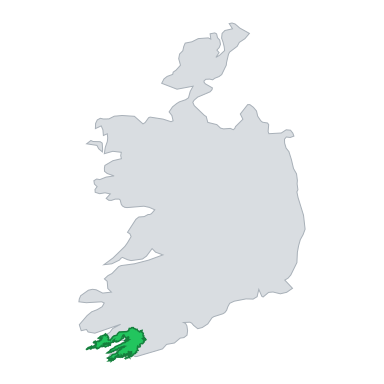 Bantry-West Cork Lea-4, Cork, Ireland shown in context
{"feature_id": "5873133B32019280992122", "entity_name": "Bantry-West Cork Lea-4", "entity_type": "district", "adm_level": 2, "iso_a3": "IRL", "parent_name": "Ireland", "parent_adm1": "Cork", "projection": "albers", "projection_center": [-9.717, 51.642], "detail": "fine", "context": "in_parent", "style": "filled", "palette": "green", "viewbox_px": 384, "rotation_deg": 0, "n_neighbors": 0, "source": "geoboundaries", "source_scale": "gbopen_adm2", "svg_char_len": 9437}
<svg xmlns="http://www.w3.org/2000/svg" viewBox="0 0 384 384"><path d="M237.2,46.3L229.6,52.1L228.5,54.2L226.5,62.7L226.3,65.1L221.7,74.6L219.0,76.6L214.9,78.2L212.6,79.8L209.6,79.1L205.8,79.3L204.0,81.0L204.1,82.3L205.3,83.8L212.4,87.9L212.0,89.7L210.1,91.8L197.7,97.1L194.1,100.2L192.8,102.3L194.2,105.6L204.5,115.5L206.2,116.5L207.8,122.4L216.8,124.6L220.5,128.1L223.6,128.9L230.4,128.4L233.2,129.7L234.7,128.6L235.5,126.6L242.9,119.2L240.3,114.0L247.7,104.6L249.8,104.6L253.4,107.3L256.5,111.0L257.7,116.2L260.7,120.7L262.5,122.2L267.5,123.0L268.7,124.7L268.1,131.5L268.9,133.7L281.3,133.0L286.2,129.8L290.5,130.2L292.8,133.1L293.9,136.1L290.2,137.5L286.3,137.0L284.5,139.2L284.6,143.1L286.1,148.1L288.9,151.6L291.4,159.6L293.5,168.5L296.5,173.8L297.4,180.5L297.1,183.8L297.9,189.7L296.9,191.9L298.0,197.4L303.5,215.2L305.1,229.2L303.1,234.6L300.3,239.7L298.6,245.7L297.4,252.2L296.9,262.6L290.8,275.0L288.1,278.1L284.8,280.1L292.5,288.3L286.7,292.3L280.3,293.8L273.0,292.0L268.6,292.4L263.1,297.0L261.8,296.3L258.8,289.4L257.1,296.7L253.1,299.1L246.0,298.9L234.2,301.2L229.7,303.3L227.9,306.6L226.6,310.3L224.8,312.6L222.8,313.8L213.7,316.7L211.9,317.9L207.8,323.9L202.3,327.5L197.7,328.7L193.5,325.3L191.8,323.2L189.9,322.2L183.6,322.5L185.6,323.5L186.9,325.9L187.6,330.6L187.0,335.2L183.9,337.6L180.2,338.1L174.4,343.0L166.6,344.4L162.5,348.9L136.8,356.5L135.3,356.6L131.7,354.8L127.9,353.9L124.0,354.5L113.2,358.7L108.0,357.9L114.7,347.6L123.6,342.3L124.5,340.9L121.6,340.2L104.6,343.8L98.7,346.9L92.8,347.8L95.6,343.1L103.2,336.6L109.8,332.4L112.6,328.6L120.6,324.3L94.8,333.2L88.1,332.0L86.5,329.5L81.2,330.7L79.3,324.7L87.1,315.6L91.7,311.8L97.1,309.7L102.2,306.7L104.2,303.0L101.7,301.8L86.3,302.7L78.9,301.8L79.3,298.9L80.7,295.7L88.4,290.2L92.5,289.3L96.2,289.8L102.7,293.1L111.4,292.1L107.8,288.5L107.2,281.3L104.4,278.9L108.0,275.6L112.0,273.5L118.7,266.6L121.1,265.6L134.4,263.8L148.7,260.1L162.9,254.9L155.6,252.2L152.1,248.6L146.5,256.1L142.5,259.0L131.1,260.6L127.5,259.7L122.4,257.4L120.9,258.3L119.4,260.1L111.8,263.8L103.9,264.7L113.1,257.9L124.8,246.5L127.4,242.9L131.1,236.6L129.9,233.8L127.5,232.3L135.9,219.3L138.8,217.0L144.2,216.6L148.1,214.5L149.8,214.5L151.4,213.7L154.8,209.8L149.4,207.4L143.9,206.2L127.0,207.6L124.7,207.3L122.6,206.1L121.3,204.4L120.2,200.0L119.0,199.1L115.2,199.1L111.4,200.4L108.8,200.3L106.2,198.4L110.3,193.9L105.0,192.8L99.6,193.7L95.2,192.3L95.0,189.5L97.1,186.7L94.4,184.0L93.9,180.7L96.7,179.0L99.8,179.6L106.1,177.1L114.1,175.9L107.2,173.5L104.5,171.3L104.4,168.1L104.9,165.4L112.9,160.7L121.4,158.7L120.7,155.6L121.3,152.3L112.8,151.3L104.3,153.7L105.3,147.3L107.3,141.6L107.7,137.9L107.3,133.8L103.4,135.5L102.9,129.8L101.2,125.9L95.4,128.6L95.6,123.4L97.3,119.9L100.3,118.3L103.3,119.0L108.9,118.9L114.3,116.2L122.1,115.5L134.4,116.3L143.0,123.9L145.2,122.5L148.6,117.7L150.1,117.1L163.0,119.1L171.0,121.7L173.1,120.8L171.9,115.5L169.1,111.9L172.5,106.9L176.6,103.6L179.3,101.9L185.7,99.7L188.5,97.8L190.2,91.5L193.1,86.2L177.0,89.2L161.7,83.3L164.0,78.9L167.2,76.4L172.7,74.4L173.2,72.1L176.0,70.2L180.5,65.2L178.7,58.7L179.6,54.0L182.8,50.8L183.8,46.4L185.2,43.1L191.9,41.8L198.3,38.6L208.2,37.9L210.8,39.1L210.1,33.8L214.8,32.9L216.6,33.9L217.5,37.7L219.7,40.1L220.5,44.3L219.2,47.6L216.9,50.1L219.1,52.6L215.9,57.4L219.5,55.3L224.6,50.6L224.2,46.9L223.1,42.3L221.6,38.1L222.1,33.4L224.9,30.5L232.5,28.8L229.2,23.6L232.0,23.0L235.1,24.0L239.7,28.0L249.4,33.4L244.9,38.7L239.3,42.4L237.2,46.3ZM102.6,149.4L102.4,151.9L98.7,148.8L96.9,145.4L86.6,143.8L90.9,140.5L93.0,141.5L100.2,141.7L102.2,143.1L102.6,149.4Z" fill="#d9dde1" stroke="#a8b0b8" stroke-width="1"/><path d="M142.1,330.4L140.4,330.8L140.1,331.2L140.2,331.7L139.7,332.0L137.5,330.4L137.1,329.3L135.6,329.5L135.0,328.7L133.5,328.3L133.3,327.6L131.7,327.6L130.7,328.5L129.3,328.4L128.7,330.1L128.8,330.5L126.8,331.6L119.3,332.0L117.5,333.8L116.9,335.2L114.0,335.9L112.1,337.5L112.0,338.3L110.5,339.5L110.4,340.3L110.0,339.9L108.8,340.3L108.1,339.8L108.5,339.3L108.6,337.8L107.6,337.3L108.1,336.5L106.9,334.9L104.7,336.0L105.5,335.2L105.8,334.3L106.2,334.4L105.5,333.8L104.3,335.0L103.0,335.5L103.3,335.6L103.0,335.9L100.7,336.2L99.0,337.8L100.2,338.0L100.1,338.4L101.5,337.8L102.2,338.0L100.8,339.7L101.1,339.9L100.6,340.2L100.9,340.3L101.0,340.3L99.3,340.6L99.1,341.1L99.3,341.4L98.7,341.6L97.4,341.2L96.3,342.0L95.4,341.2L95.1,341.7L94.3,341.5L93.6,342.3L94.0,342.5L93.9,342.8L95.3,342.8L95.1,343.2L95.4,343.4L96.2,343.2L96.3,343.7L95.9,344.2L96.1,344.3L95.6,344.9L96.1,345.1L95.9,345.7L95.0,346.1L94.6,345.7L92.5,346.7L91.6,346.0L90.8,346.7L91.7,347.3L91.6,348.1L90.6,349.2L92.8,347.6L93.6,348.0L95.4,347.4L96.8,347.5L97.0,347.8L96.4,348.4L97.4,348.0L96.7,348.6L97.2,348.8L98.9,348.0L101.1,346.0L101.1,346.6L102.6,346.6L103.2,346.0L103.0,345.5L103.3,345.0L102.5,344.7L103.7,344.6L104.1,343.7L103.8,343.6L104.4,343.2L105.6,343.6L106.3,343.0L106.7,343.4L108.8,342.8L109.2,343.2L111.8,342.6L112.7,341.8L113.5,342.1L113.9,341.4L113.4,340.8L113.6,340.6L113.3,340.6L113.2,340.6L113.5,340.2L113.8,340.0L114.1,339.8L113.9,340.3L114.5,340.9L114.2,341.3L116.4,341.2L117.1,340.5L116.5,341.9L118.2,341.5L120.7,339.9L121.6,338.4L121.9,338.9L123.2,338.2L123.6,337.2L123.0,336.7L123.2,336.4L122.7,336.4L123.1,336.0L122.9,336.0L123.5,335.8L123.0,335.3L123.8,334.8L124.4,335.6L124.5,336.3L124.1,336.7L125.6,337.1L125.8,337.9L126.8,338.0L128.2,336.8L128.5,337.0L128.1,337.9L129.1,337.3L128.2,338.6L128.3,338.9L128.0,339.4L129.1,339.7L128.0,340.2L128.2,340.4L127.9,340.8L128.3,340.9L126.6,341.1L125.5,341.9L125.4,342.4L122.2,343.2L121.6,344.0L115.2,346.7L114.2,347.9L110.7,349.6L110.3,350.1L110.7,350.3L110.4,350.7L107.3,352.7L107.1,352.9L109.0,352.9L110.3,352.1L111.2,352.2L112.9,351.0L113.6,351.3L113.9,350.5L115.3,350.2L115.7,349.6L116.1,349.9L116.5,349.3L117.5,349.4L118.7,347.9L119.5,348.2L121.4,346.9L122.3,346.8L122.6,347.1L123.3,346.4L124.0,346.1L124.6,346.2L123.5,346.6L124.1,346.9L123.7,347.2L123.8,347.4L121.9,347.8L121.4,348.3L121.5,348.9L119.5,349.7L119.8,350.1L118.1,350.9L118.1,351.9L117.2,352.6L117.7,352.6L117.7,352.9L117.2,353.1L116.9,352.6L115.6,353.9L112.5,354.5L110.6,356.6L107.9,357.9L108.3,358.0L108.1,358.3L109.5,358.6L108.9,359.7L109.1,360.5L108.7,360.8L110.1,360.7L111.0,359.2L111.4,359.1L111.1,358.9L111.1,358.7L111.8,358.1L112.1,358.2L111.1,358.8L111.4,359.0L111.4,359.6L112.0,359.8L111.2,360.5L111.5,360.5L111.4,361.0L112.6,360.0L113.0,360.1L112.9,359.7L115.2,359.1L112.5,359.5L114.5,358.3L114.1,358.8L115.0,358.5L114.7,358.2L115.2,357.8L114.9,357.8L115.0,357.0L114.8,356.9L114.7,356.9L116.8,355.9L116.9,356.4L117.2,356.5L117.6,355.6L117.0,355.0L117.8,355.3L118.0,354.6L118.3,354.7L118.2,355.5L118.8,355.4L118.6,356.0L118.9,356.6L119.6,356.6L118.8,357.2L119.8,357.2L121.4,356.7L120.9,356.2L119.9,356.5L121.1,356.0L121.2,355.0L121.5,355.4L121.1,356.0L121.4,356.2L123.4,355.6L123.7,355.3L123.5,354.3L124.0,353.8L124.6,353.9L124.3,355.3L126.5,354.4L127.2,354.5L127.4,354.1L127.2,353.8L127.7,353.8L127.5,354.1L127.8,354.4L128.3,354.3L129.2,353.5L129.4,352.8L128.7,352.8L129.0,352.2L128.3,352.0L128.4,351.6L128.1,351.0L128.8,351.9L129.3,351.9L129.7,352.7L129.9,352.6L129.9,352.0L130.5,351.9L130.2,352.6L130.5,353.0L131.5,352.2L131.5,353.4L131.0,354.5L129.6,355.5L129.9,355.5L129.7,355.9L129.9,356.1L130.6,355.1L130.3,356.4L131.5,356.5L132.9,355.2L133.1,354.3L135.5,353.4L135.4,352.6L136.5,352.1L136.1,351.7L136.2,351.3L137.2,350.5L138.0,350.4L137.2,348.9L137.5,348.6L137.4,347.1L137.8,346.1L138.6,347.1L139.9,346.9L140.4,345.9L139.8,345.2L139.7,344.4L141.9,343.4L142.6,343.7L144.1,341.9L143.6,341.3L145.8,339.8L145.1,339.3L145.6,339.1L145.4,338.7L143.6,339.8L142.5,338.6L144.0,338.4L144.2,337.8L143.5,337.9L143.4,337.1L143.8,336.9L143.4,336.1L143.6,335.9L143.1,335.7L143.0,335.0L143.3,333.3L141.1,331.6L142.0,331.1L142.1,330.4ZM107.9,344.0L104.5,344.5L103.5,345.8L103.6,346.3L105.3,346.4L105.1,346.8L105.4,347.0L107.6,345.8L108.3,346.0L109.3,345.1L110.0,345.2L109.8,344.8L110.9,343.8L109.5,344.2L108.3,345.1L108.6,344.6L107.9,344.0ZM90.4,346.8L88.2,347.6L86.5,349.2L86.8,349.5L89.7,348.1L90.9,347.2L90.4,346.8ZM126.1,341.1L126.9,339.4L127.0,338.7L124.0,341.1L124.4,340.7L126.1,341.1ZM129.2,356.6L128.9,357.0L128.8,356.6L128.3,357.0L128.3,357.4L129.1,357.0L129.6,357.5L129.5,356.9L130.0,356.5L129.2,356.6ZM124.1,356.1L121.3,357.2L122.3,357.3L124.1,356.1ZM128.1,354.7L127.0,355.4L128.2,354.7L128.1,354.7ZM125.7,356.2L126.3,355.3L125.4,355.7L125.2,356.1L125.7,356.2ZM98.4,338.1L97.7,338.6L98.7,338.1L98.4,338.1ZM126.9,358.0L126.7,357.6L126.3,358.0L126.9,358.0ZM125.3,358.2L125.7,358.6L125.9,358.0L125.6,358.0L125.3,358.2ZM124.7,358.8L125.1,358.4L124.9,358.5L124.7,358.8ZM104.2,343.8L104.4,343.9L104.8,343.6L104.6,343.5L104.2,343.8ZM129.1,355.9L128.5,356.0L129.1,356.0L129.1,355.9ZM123.4,336.4L123.7,336.0L123.3,336.2L123.4,336.4ZM128.3,356.0L128.0,356.2L127.7,356.4L128.1,356.3L128.3,356.0ZM120.8,357.4L120.3,357.5L120.8,357.4ZM116.7,351.1L117.0,351.2L116.9,351.1L116.7,351.1ZM127.4,339.8L127.1,340.2L127.5,339.8L127.4,339.8ZM117.7,351.4L117.3,351.4L117.7,351.4ZM130.2,352.1L130.3,352.3L130.2,352.1ZM130.2,353.4L130.2,353.1L130.1,353.3L130.2,353.4ZM90.5,349.3L90.6,349.5L90.6,349.3L90.5,349.3ZM129.1,356.5L129.3,356.3L129.0,356.5L129.1,356.5ZM125.6,356.9L125.4,356.8L125.6,356.9ZM111.3,355.3L111.5,355.2L111.3,355.3L111.3,355.3ZM97.5,338.6L97.4,338.7L97.5,338.6ZM105.3,344.4L105.1,344.4L105.3,344.4L105.3,344.4ZM102.7,335.5L102.9,335.5L102.7,335.5Z" fill="#22c55e" stroke="#15803d" stroke-width="1.5"/></svg>